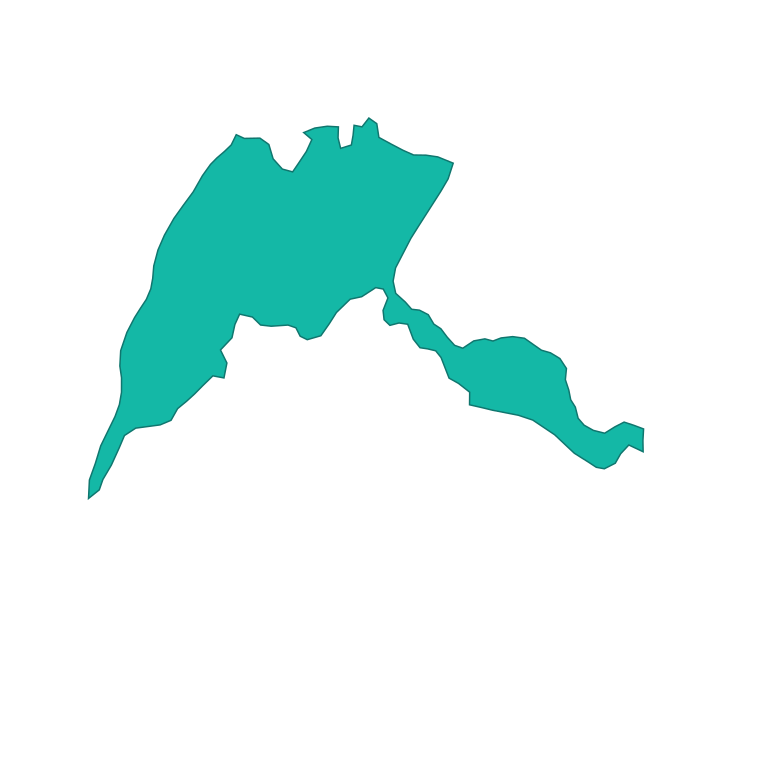 Paulista, Pernambuco, Brazil, rotated 206°
{"feature_id": "56859067B6183136876088", "entity_name": "Paulista", "entity_type": "district", "adm_level": 2, "iso_a3": "BRA", "parent_name": "Brazil", "parent_adm1": "Pernambuco", "projection": "equal_earth", "projection_center": [-34.904, -7.91], "detail": "fine", "context": "isolated", "style": "filled", "palette": "teal", "viewbox_px": 768, "rotation_deg": 206, "n_neighbors": 0, "source": "geoboundaries", "source_scale": "gbopen_adm2", "svg_char_len": 2091}
<svg xmlns="http://www.w3.org/2000/svg" viewBox="0 0 768 768"><g transform="rotate(206 384 384)"><path d="M121.4,436.7L126.5,446.7L131.0,457.4L141.4,456.4L151.5,455.0L157.7,446.7L164.1,436.5L175.5,434.1L186.1,434.7L194.5,438.3L201.9,447.1L209.3,451.7L215.2,459.5L222.9,467.4L226.8,477.9L237.1,484.0L248.1,485.0L257.3,483.4L267.4,485.0L277.8,486.7L289.1,483.0L299.0,476.7L304.9,470.4L313.1,468.8L322.2,462.1L328.9,450.7L337.5,449.7L347.7,453.8L357.1,458.6L365.5,459.7L374.6,465.7L384.5,465.9L391.9,463.3L400.8,467.0L413.2,470.6L420.9,480.4L424.5,493.4L423.7,526.7L422.1,541.5L417.4,582.1L416.3,596.5L418.6,612.8L435.2,611.7L446.5,608.1L457.8,602.8L469.4,602.4L483.3,602.8L496.7,603.4L504.6,614.8L514.2,616.4L516.5,605.5L524.3,603.4L520.8,593.9L518.1,584.5L526.3,576.8L533.2,585.1L537.7,595.1L548.0,590.8L558.4,583.7L566.4,574.8L556.0,572.1L555.7,559.0L557.6,544.9L559.1,534.6L569.6,532.6L582.4,537.8L592.5,548.8L603.3,550.6L617.2,543.5L626.1,543.3L626.1,531.9L629.3,523.2L633.3,513.9L636.2,505.3L638.5,491.7L639.7,473.1L642.7,456.8L645.4,440.8L646.6,421.5L645.9,405.4L642.7,389.2L638.2,377.6L635.3,367.3L634.7,355.9L636.1,345.3L637.3,334.4L637.7,317.7L635.3,298.6L629.3,284.4L622.6,274.5L616.3,261.5L612.8,249.5L611.5,236.9L611.5,220.8L611.5,204.2L608.6,185.9L606.7,168.6L599.4,151.6L593.5,164.0L594.8,174.9L593.5,191.6L594.0,210.5L594.7,223.9L587.8,235.5L567.3,249.1L559.5,258.0L558.7,271.4L553.7,282.4L549.8,292.3L546.3,302.7L541.4,316.3L530.5,319.3L534.4,334.0L545.9,342.9L540.9,358.9L544.1,372.1L544.4,383.5L531.6,386.5L520.8,382.9L510.7,386.5L496.1,394.9L487.8,395.9L480.3,390.2L472.4,390.2L461.9,399.7L459.6,414.2L458.1,427.4L451.6,445.4L442.3,452.7L433.7,467.0L426.3,469.0L418.2,463.1L417.1,449.7L412.1,441.8L404.4,439.3L397.3,445.4L388.9,448.1L377.3,437.1L367.5,432.4L360.2,434.7L352.1,436.5L344.3,432.8L328.1,417.8L317.3,417.2L303.4,414.2L298.0,402.8L285.2,405.8L274.6,408.1L249.6,414.8L234.5,416.8L208.4,413.2L182.6,405.2L173.6,404.2L166.0,403.4L156.7,402.2L148.8,404.4L141.4,414.2L140.7,425.1L137.2,436.5L121.4,436.7Z" fill="#14b8a6" stroke="#0f766e" stroke-width="1.5"/></g></svg>